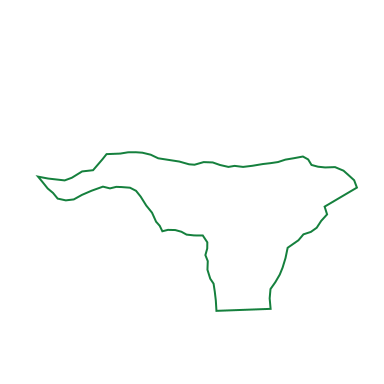 outline of Trabiju, São Paulo, Brazil, rotated 29°
{"feature_id": "56859067B68182867271292", "entity_name": "Trabiju", "entity_type": "district", "adm_level": 2, "iso_a3": "BRA", "parent_name": "Brazil", "parent_adm1": "São Paulo", "projection": "mercator", "projection_center": [-48.36, -22.031], "detail": "fine", "context": "isolated", "style": "outline", "palette": "green", "viewbox_px": 384, "rotation_deg": 29, "n_neighbors": 0, "source": "geoboundaries", "source_scale": "gbopen_adm2", "svg_char_len": 1251}
<svg xmlns="http://www.w3.org/2000/svg" viewBox="0 0 384 384"><g transform="rotate(29 192 192)"><path d="M49.9,253.2L55.8,255.5L64.1,258.9L70.9,260.2L77.7,262.9L85.7,260.5L92.2,255.8L97.2,247.8L103.6,239.5L111.5,230.5L118.5,228.6L123.3,224.2L128.3,221.7L135.7,218.3L142.5,218.1L149.3,220.9L158.5,226.0L167.1,229.5L175.0,235.4L180.1,237.2L185.1,240.7L189.3,236.8L195.8,233.4L202.0,231.9L207.9,231.9L215.0,228.9L222.5,224.8L229.8,228.6L232.7,234.0L234.3,240.7L239.3,244.8L243.2,252.5L250.0,259.0L255.3,261.7L260.3,268.2L265.4,275.3L271.0,284.1L317.4,256.1L311.5,247.4L307.7,238.8L308.6,230.5L308.8,221.7L307.9,214.2L305.8,204.4L302.7,194.4L308.5,182.6L310.0,175.0L315.3,169.3L318.4,162.8L319.0,154.6L321.0,146.1L315.1,140.5L334.1,108.2L328.1,103.1L321.3,101.5L314.2,99.9L305.0,100.9L296.5,106.0L289.9,108.8L283.4,110.4L277.8,107.2L271.8,107.2L264.8,113.0L258.0,118.4L252.7,124.1L246.7,128.7L240.4,133.2L232.1,139.8L224.5,145.3L216.6,148.5L211.7,152.4L203.4,154.8L195.8,156.1L187.7,160.2L181.0,166.9L176.0,169.2L166.2,171.5L146.1,178.9L137.8,179.4L129.5,181.7L123.5,184.5L116.8,188.3L110.6,193.2L98.9,200.3L97.8,206.9L94.9,220.9L85.9,227.3L80.0,237.8L75.0,243.6L67.3,246.8L59.6,250.0L49.9,253.2Z" fill="none" stroke="#15803d" stroke-width="2"/></g></svg>